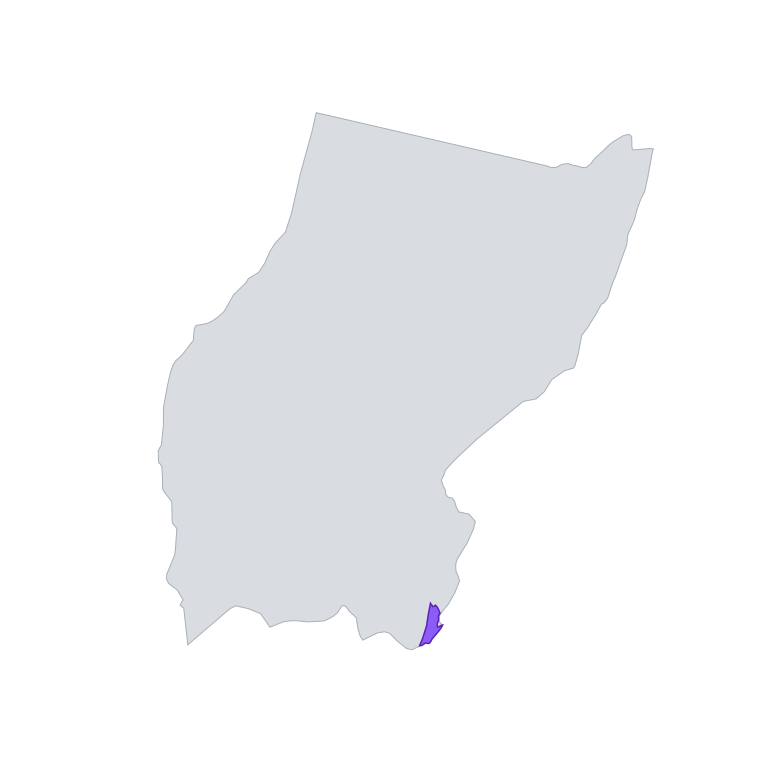 location of Koboko within Uganda, rotated 193°
{"feature_id": "UGA-3081", "entity_name": "Koboko", "entity_type": "County", "adm_level": 1, "iso_a3": "UGA", "parent_name": "Uganda", "parent_adm1": "", "projection": "equal_earth", "projection_center": [30.954, 3.522], "detail": "fine", "context": "in_parent", "style": "filled", "palette": "violet", "viewbox_px": 768, "rotation_deg": 193, "n_neighbors": 0, "source": "natural_earth", "source_scale": "10m", "svg_char_len": 2812}
<svg xmlns="http://www.w3.org/2000/svg" viewBox="0 0 768 768"><g transform="rotate(193 384 384)"><path d="M511.1,633.1L502.6,633.1L488.8,633.1L474.9,633.1L461.1,633.1L447.3,633.1L433.4,633.1L419.6,633.1L405.8,633.1L391.9,633.1L378.1,633.1L364.3,633.1L350.4,633.1L336.6,633.1L322.8,633.1L309.0,633.1L295.1,633.1L281.3,633.1L273.1,633.1L271.5,632.8L270.3,632.4L265.1,633.7L259.7,638.3L254.0,640.2L247.8,639.5L247.1,640.0L244.0,639.8L239.5,639.5L235.4,640.7L232.3,644.8L229.2,651.6L223.5,659.6L219.1,666.6L215.3,671.5L206.7,679.8L202.0,682.2L199.6,681.8L198.2,680.3L195.5,669.8L193.8,668.1L177.0,673.5L174.5,673.6L174.7,670.3L173.5,645.6L173.3,630.5L175.5,621.1L176.8,610.2L176.9,600.5L180.0,584.2L178.8,574.4L182.8,540.0L183.9,534.4L185.4,517.8L187.9,512.6L190.1,510.6L193.0,500.4L198.5,484.1L202.3,475.8L201.5,457.4L202.1,444.9L202.9,442.2L211.1,437.5L221.6,426.0L226.1,412.5L232.4,403.8L244.6,398.2L280.7,351.7L297.6,326.6L304.9,313.7L305.1,309.1L306.5,303.1L303.6,298.4L300.1,294.1L298.9,290.1L295.9,288.1L291.6,288.2L288.7,285.3L285.5,279.7L282.2,276.2L272.0,276.4L264.1,270.7L264.2,262.8L267.3,247.4L273.3,229.7L273.6,224.8L272.7,220.6L271.3,217.0L268.6,213.5L266.1,209.2L268.0,196.5L271.8,184.0L274.9,177.8L277.9,170.8L277.1,165.1L272.6,162.2L274.9,156.6L279.7,147.2L288.9,137.7L297.0,131.3L302.4,131.3L313.0,136.4L322.5,142.4L327.7,142.7L334.1,140.2L347.2,129.6L350.4,132.9L354.2,139.4L358.4,150.0L366.7,154.8L370.7,158.2L373.5,159.2L375.1,158.3L378.2,150.0L382.0,145.4L389.0,139.7L404.5,135.1L415.6,133.7L420.2,132.7L428.1,130.0L440.4,121.4L452.6,132.5L465.9,134.6L478.7,134.5L482.6,131.2L484.9,128.6L498.3,110.4L516.5,85.8L528.7,120.5L532.8,122.5L532.3,125.6L531.2,128.5L539.2,136.8L549.0,141.2L552.4,145.5L552.8,150.1L549.5,170.4L550.1,176.2L553.3,196.5L559.1,201.1L564.3,221.5L574.8,230.2L576.3,232.7L578.7,242.6L581.9,253.5L584.4,256.0L585.9,256.6L589.0,268.1L587.2,274.6L589.7,294.3L593.6,311.9L594.6,332.9L594.7,342.1L594.6,347.8L593.7,355.8L591.8,360.4L588.5,364.9L584.8,372.0L581.6,379.6L579.6,383.3L581.2,394.6L580.8,397.6L579.9,399.0L575.2,400.8L569.1,403.8L565.5,406.8L560.3,412.6L556.1,418.8L550.6,437.1L541.4,451.4L539.9,456.1L531.2,464.6L527.3,475.1L524.9,488.0L521.5,497.2L514.2,509.8L512.5,529.8L512.8,569.8L510.9,615.3L511.1,633.1Z" fill="#d9dde1" stroke="#a8b0b8" stroke-width="1"/><path d="M284.1,141.1L284.9,141.0L285.9,140.3L288.3,137.8L289.1,137.4L290.5,137.0L289.2,144.0L288.1,157.8L289.0,169.2L289.4,180.8L286.2,178.0L285.2,178.8L284.2,180.1L281.8,178.5L279.8,176.0L277.8,173.2L278.2,172.4L278.7,170.2L278.5,169.0L277.8,166.8L277.6,165.6L278.2,162.6L278.1,161.7L277.1,159.2L275.9,159.7L274.4,161.4L272.7,162.3L273.0,160.6L274.8,156.1L279.9,146.1L280.2,144.8L280.5,143.6L280.9,142.5L281.7,141.5L282.6,141.1L284.1,141.1Z" fill="#8b5cf6" stroke="#5b21b6" stroke-width="1.5"/></g></svg>